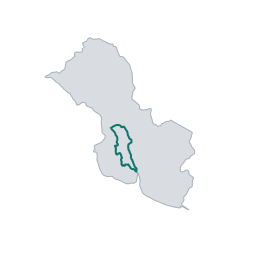 X-1 Right Bank Essequibo, Upper Demerara-Berbice, Guyana (highlighted), rotated 158°
{"feature_id": "73187651B95579298937311", "entity_name": "X-1 Right Bank Essequibo", "entity_type": "district", "adm_level": 2, "iso_a3": "GUY", "parent_name": "Guyana", "parent_adm1": "Upper Demerara-Berbice", "projection": "robinson", "projection_center": [-58.454, 5.555], "detail": "fine", "context": "in_parent", "style": "outline", "palette": "teal", "viewbox_px": 256, "rotation_deg": 158, "n_neighbors": 0, "source": "geoboundaries", "source_scale": "gbopen_adm2", "svg_char_len": 8771}
<svg xmlns="http://www.w3.org/2000/svg" viewBox="0 0 256 256"><g transform="rotate(158 128 128)"><path d="M85.4,119.3L80.5,113.0L75.4,106.7L70.5,100.4L70.2,99.6L72.3,96.6L74.1,94.5L75.6,93.3L76.4,92.2L75.8,87.7L75.9,86.0L75.1,84.2L74.6,82.2L75.2,80.6L76.0,79.4L77.0,79.0L79.3,78.6L80.9,78.4L81.5,77.7L82.4,76.9L83.6,76.9L86.1,77.4L87.2,76.4L89.2,75.1L93.7,72.7L94.7,71.2L95.4,68.8L95.3,67.7L94.8,67.2L93.7,66.9L92.0,66.8L90.7,67.4L89.2,67.1L88.1,65.6L88.0,64.4L88.7,62.7L88.3,61.5L86.1,57.9L86.1,56.9L87.7,55.3L88.6,53.9L89.9,50.6L90.9,49.5L94.0,49.1L94.8,48.4L96.4,46.7L98.8,44.7L102.2,43.1L103.2,40.2L103.8,39.4L106.5,37.9L107.0,37.1L106.9,36.4L102.6,29.9L103.4,30.3L106.8,34.6L108.7,35.5L109.1,35.5L109.1,34.4L110.8,34.9L115.3,37.8L121.8,42.6L130.9,51.6L133.5,55.0L135.3,56.7L138.0,60.6L138.8,62.6L138.7,70.2L136.3,75.4L135.7,79.3L135.6,84.5L134.2,87.5L136.0,85.9L136.6,81.2L138.2,78.4L140.3,75.2L143.0,74.5L146.0,75.8L148.3,76.0L150.4,77.0L154.9,82.0L159.3,85.9L160.8,89.1L165.5,90.7L168.2,93.2L169.1,95.4L169.6,101.0L168.7,109.6L169.0,110.0L167.7,111.7L167.5,112.8L166.7,114.7L166.1,115.7L167.0,118.1L168.0,118.2L168.4,118.5L168.7,118.9L168.6,119.4L168.2,119.9L167.2,120.5L166.3,121.8L166.4,123.3L165.8,124.1L163.9,124.5L160.1,124.5L158.3,124.7L156.8,124.9L155.9,125.9L154.6,126.6L153.7,126.7L152.8,127.9L152.0,129.5L152.3,130.6L153.1,132.0L153.7,133.5L153.0,136.0L152.2,137.8L151.8,139.3L151.2,142.0L149.8,145.1L148.7,146.8L148.8,148.7L149.3,151.3L152.2,155.2L153.2,157.1L154.0,160.0L156.6,162.4L158.3,164.3L158.1,166.8L158.4,167.5L159.4,168.2L160.7,168.7L162.0,168.6L163.3,168.4L163.6,168.1L166.4,168.0L166.8,168.6L166.9,172.2L167.1,173.7L167.7,174.3L168.1,175.2L168.2,176.0L168.3,178.0L168.7,179.1L168.7,181.2L169.0,182.0L169.8,182.5L170.8,184.1L171.1,184.3L171.3,184.8L172.2,187.0L172.6,187.7L172.9,187.8L173.1,188.5L173.7,190.6L174.1,191.1L174.9,192.6L175.2,194.2L176.3,196.1L177.4,197.4L177.9,198.7L179.3,201.7L180.6,203.8L182.4,204.4L183.9,204.7L184.9,205.5L185.8,206.3L184.8,206.7L183.9,207.3L182.7,206.9L180.9,207.1L179.1,207.7L177.5,208.0L174.3,207.0L173.4,206.9L172.7,206.5L171.4,204.6L170.8,204.4L169.1,205.3L167.1,205.9L166.1,205.8L165.0,206.4L163.9,207.2L161.8,210.8L160.8,212.1L159.6,212.7L157.3,212.7L154.9,212.8L153.0,213.7L151.3,214.1L150.4,214.2L150.2,216.2L149.8,217.1L149.2,217.6L147.9,217.8L146.7,217.7L146.0,216.9L144.6,216.5L143.4,216.2L142.6,215.7L142.0,215.8L141.5,216.6L141.1,217.3L140.7,218.6L138.9,219.0L138.1,219.8L138.6,222.2L138.4,223.2L138.0,223.9L135.8,224.0L133.9,224.0L132.8,224.9L131.5,225.9L130.7,226.1L129.7,226.1L128.4,224.9L127.2,223.4L124.1,222.3L121.0,221.5L119.0,219.1L118.5,217.9L117.6,217.4L115.2,214.6L113.8,212.8L112.4,212.3L110.7,211.6L110.8,210.3L110.7,209.0L110.0,208.5L109.0,208.2L108.6,207.4L108.7,205.8L108.9,201.5L108.7,197.5L106.4,196.1L105.5,195.1L103.8,189.1L103.0,186.4L103.0,184.4L103.5,178.3L104.2,175.7L105.9,170.5L106.9,168.8L106.9,167.4L106.8,165.7L106.3,162.4L109.2,160.3L110.5,159.4L110.7,158.0L112.2,156.2L112.9,154.5L113.5,153.2L113.3,152.4L112.6,152.0L111.9,150.8L110.2,147.1L109.6,146.4L109.1,145.3L109.3,143.7L110.0,141.9L109.9,141.2L108.9,140.2L106.8,138.7L105.1,138.5L103.8,138.0L101.8,137.9L100.3,137.7L99.4,137.1L99.6,136.2L100.0,135.4L101.3,133.6L102.2,131.6L102.3,129.7L102.5,127.1L102.9,124.9L103.1,122.5L101.1,120.8L100.4,119.5L99.6,118.3L98.6,118.3L97.2,117.8L95.0,119.3L93.3,119.1L92.1,119.6L89.3,119.5L87.6,118.8L85.4,119.3Z" fill="#d9dde1" stroke="#a8b0b8" stroke-width="1"/><path d="M135.6,86.8L135.6,87.2L135.5,87.5L135.5,87.8L135.7,88.1L135.8,88.5L135.9,88.8L136.0,89.0L136.2,89.5L136.2,90.1L136.2,90.5L136.2,90.8L136.2,91.1L136.2,91.4L136.2,91.8L136.2,92.1L136.2,92.4L136.2,92.8L136.2,93.0L136.2,93.3L136.2,93.7L136.2,93.9L136.2,94.2L136.1,94.6L136.1,94.8L136.1,95.1L136.1,95.3L136.2,95.5L136.2,95.8L136.1,96.0L136.0,96.3L136.0,96.7L136.1,97.0L136.3,97.2L136.4,97.4L136.5,97.7L136.4,98.0L136.3,98.5L136.3,99.0L136.3,99.3L136.3,99.7L136.2,99.9L136.2,100.2L136.0,100.4L135.9,100.6L135.7,100.8L135.6,101.1L135.5,101.4L135.4,101.7L135.3,101.9L135.3,102.1L135.4,102.5L135.5,103.3L135.5,103.6L135.5,103.9L135.6,104.2L135.5,104.5L135.5,104.8L135.5,105.1L135.5,105.4L135.4,105.6L135.4,105.8L135.3,106.2L135.4,106.5L135.5,106.7L135.5,107.0L135.7,107.4L135.7,107.7L135.6,107.9L135.5,108.3L135.4,108.6L135.3,108.9L135.3,109.1L135.2,109.4L135.1,109.6L135.1,110.0L135.0,110.3L134.8,110.5L134.7,110.7L134.6,110.9L134.5,111.3L134.4,111.5L134.2,112.0L134.0,112.3L133.8,112.5L133.6,112.7L133.4,112.7L133.2,112.7L133.0,112.8L132.8,112.8L132.6,112.9L132.3,113.0L132.0,113.1L131.8,113.2L131.6,113.2L131.4,113.2L131.2,113.2L130.7,113.3L130.2,113.4L130.1,113.6L130.0,113.9L129.9,114.2L129.8,114.4L129.6,114.6L129.6,114.9L129.5,115.2L129.4,115.4L129.4,115.7L129.4,116.0L129.5,116.2L129.7,116.4L129.9,116.7L130.1,116.9L130.2,117.1L130.3,117.3L130.6,117.6L130.7,117.8L130.7,118.0L130.6,118.6L130.6,118.8L130.6,119.0L130.6,119.4L130.6,119.7L130.7,120.1L130.7,120.4L130.8,120.7L130.8,120.9L130.8,121.2L130.8,121.4L130.8,121.7L130.7,122.0L130.5,122.4L130.4,122.8L130.3,123.1L130.3,123.4L130.3,123.8L130.3,124.0L130.3,124.3L130.2,124.6L130.1,124.9L130.1,125.2L130.2,125.5L130.2,125.8L130.3,126.1L130.4,126.4L130.5,126.8L130.6,127.2L130.7,127.6L130.7,128.0L130.8,128.5L130.8,128.9L130.9,129.2L131.0,129.5L131.0,129.8L131.1,130.1L131.1,130.3L131.2,130.6L131.4,130.8L131.7,130.9L132.0,131.0L132.5,130.9L132.9,130.9L133.2,131.0L133.4,131.1L133.6,131.2L133.8,131.3L133.8,131.6L133.8,131.9L133.8,132.2L133.9,132.4L134.1,132.7L134.3,133.0L134.6,133.4L134.8,133.7L135.1,133.9L135.3,134.1L135.5,134.2L135.7,134.3L136.0,134.5L136.5,134.7L136.7,134.8L136.9,134.8L137.1,134.9L137.3,134.9L137.6,135.0L137.8,135.1L138.0,135.1L138.5,135.1L139.0,135.1L139.3,135.1L139.5,135.1L139.9,134.9L140.2,134.9L140.4,134.9L140.6,134.9L140.9,134.9L141.1,135.0L141.3,135.0L141.6,135.0L141.8,134.9L142.0,134.8L142.3,134.7L142.6,134.6L142.8,134.5L143.0,134.5L143.2,134.4L143.6,134.4L143.5,134.1L143.6,133.8L143.6,133.5L143.5,133.3L143.5,133.0L143.4,132.6L143.3,132.4L143.3,132.1L143.1,131.9L143.0,131.7L142.9,131.5L142.8,131.2L142.7,131.0L142.6,130.7L142.5,130.2L142.3,129.9L142.2,129.6L142.1,129.4L142.0,129.2L141.9,128.9L141.8,128.6L141.8,128.2L141.9,127.9L141.9,127.5L141.9,127.3L141.9,127.0L142.0,126.6L142.0,126.4L142.1,126.1L142.1,125.8L142.0,125.5L141.9,125.3L141.8,125.1L141.6,124.9L141.6,124.6L141.5,124.3L141.5,124.0L141.4,123.7L141.5,123.2L141.8,122.7L141.9,122.4L141.9,122.1L142.0,121.8L142.1,121.5L142.2,121.2L142.3,121.0L142.5,120.7L142.7,120.4L142.9,120.2L143.1,120.1L143.3,119.9L143.5,119.7L143.7,119.1L143.8,118.7L143.7,118.3L143.7,118.0L143.7,117.6L143.6,117.3L143.5,117.0L143.5,116.8L143.6,116.5L143.6,116.3L143.8,116.0L143.9,115.9L144.2,115.8L144.4,115.8L144.6,115.8L144.9,115.8L145.1,115.9L145.4,116.0L145.7,116.1L146.0,116.2L146.2,116.3L146.5,116.4L146.8,116.2L146.9,115.7L146.8,115.2L146.8,114.8L146.7,114.6L146.7,114.3L146.8,114.0L146.9,113.8L146.9,113.6L147.0,113.4L147.1,113.0L147.1,112.8L147.3,112.5L147.4,112.3L147.6,112.0L147.8,111.7L148.0,111.4L148.1,111.1L148.2,110.7L148.3,110.5L148.3,110.2L148.4,109.8L148.5,109.4L148.5,109.1L148.6,108.8L148.6,108.6L148.6,108.2L148.4,107.8L148.3,107.6L148.1,107.5L147.8,107.5L147.6,107.5L147.3,107.6L147.1,107.8L146.9,107.9L146.6,107.8L146.4,107.8L146.2,107.8L145.8,107.8L145.6,107.9L145.4,108.0L145.1,107.9L144.8,107.6L144.7,107.3L144.6,107.0L144.6,106.8L144.6,106.5L144.6,106.2L144.6,105.7L144.6,105.4L144.6,105.2L144.7,104.9L144.7,104.6L144.8,104.3L144.8,104.1L144.8,103.8L144.8,103.5L144.8,103.2L144.7,102.9L144.7,102.6L144.8,102.4L145.1,102.3L145.3,102.3L145.6,102.2L145.8,102.0L146.0,101.8L146.1,101.6L146.3,101.4L146.4,101.1L146.5,100.8L146.5,100.5L146.5,100.2L146.6,99.9L146.5,99.7L146.5,99.4L146.4,99.1L146.5,98.8L146.6,98.6L146.8,98.4L147.0,98.2L147.3,97.9L147.3,97.7L147.3,97.4L147.4,97.1L147.4,96.9L147.6,96.7L147.5,96.2L147.4,96.0L147.4,95.7L147.5,95.5L147.4,95.3L147.2,95.2L147.0,95.3L146.8,95.3L146.6,95.3L146.4,95.4L146.3,95.2L146.1,94.8L146.1,94.6L145.9,94.4L145.7,94.4L145.2,94.3L144.8,94.4L144.6,94.5L144.3,95.0L144.1,95.2L143.9,95.2L143.6,94.9L143.3,94.8L143.1,94.6L142.9,94.5L142.8,94.4L142.6,94.3L142.4,94.2L142.1,94.1L141.9,94.1L141.6,94.0L141.4,94.1L141.2,93.9L141.2,93.7L141.2,93.4L141.2,93.1L141.2,92.8L141.2,92.6L141.1,92.4L141.0,92.1L140.8,91.8L140.8,91.5L140.7,91.3L140.7,91.0L140.7,90.8L140.6,90.5L140.6,90.2L140.5,89.9L140.4,89.6L140.3,89.4L140.1,89.2L139.8,88.6L139.6,88.5L139.4,88.3L139.2,88.2L138.8,88.1L138.6,88.0L138.3,87.9L138.1,87.7L137.9,87.5L137.8,87.3L137.7,87.0L137.6,86.8L137.5,86.5L137.5,86.2L137.4,85.9L137.3,85.6L137.2,85.4L137.1,85.2L137.0,84.9L136.9,84.8L136.7,84.7L136.5,85.2L136.5,85.4L136.4,85.7L136.2,86.3L136.3,86.4L136.1,86.5L135.8,86.8L135.7,86.8L135.6,86.8Z" fill="none" stroke="#0f766e" stroke-width="2"/></g></svg>